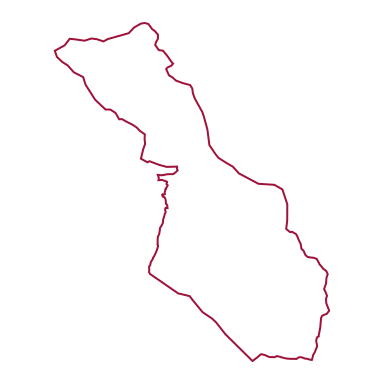 outline of Aninoasa, Hunedoara, Romania
{"feature_id": "2599482B78537153178763", "entity_name": "Aninoasa", "entity_type": "district", "adm_level": 2, "iso_a3": "ROU", "parent_name": "Romania", "parent_adm1": "Hunedoara", "projection": "equal_earth", "projection_center": [23.341, 45.379], "detail": "fine", "context": "isolated", "style": "outline", "palette": "rose", "viewbox_px": 384, "rotation_deg": 0, "n_neighbors": 0, "source": "geoboundaries", "source_scale": "gbopen_adm2", "svg_char_len": 3562}
<svg xmlns="http://www.w3.org/2000/svg" viewBox="0 0 384 384"><path d="M318.7,336.4L318.6,336.0L320.3,327.3L321.0,318.3L322.0,315.9L324.3,314.7L326.6,314.0L329.2,310.7L326.3,303.3L326.0,299.1L327.0,295.7L325.3,291.5L324.1,289.1L326.1,283.3L326.4,278.1L327.7,274.2L326.3,271.0L323.0,268.6L322.0,267.1L319.6,264.4L318.4,261.9L316.6,258.8L313.7,257.8L310.8,257.5L307.7,257.0L305.4,255.0L303.5,250.6L301.5,248.9L300.6,243.7L298.7,239.9L297.1,235.9L296.0,234.1L292.3,231.9L289.9,232.0L286.2,228.9L287.2,220.8L287.3,204.3L282.4,189.4L274.3,184.8L258.5,183.8L238.9,173.4L232.9,166.7L226.2,162.8L218.4,157.8L215.4,154.0L209.4,145.1L207.4,129.5L203.9,116.7L202.3,112.0L194.8,98.5L192.9,93.3L192.3,88.6L190.2,85.1L182.5,83.0L176.0,80.6L172.5,77.4L169.0,75.4L166.2,69.1L167.3,67.6L171.3,65.7L173.1,63.6L171.9,62.5L167.5,56.2L163.0,50.7L158.8,50.1L155.2,45.0L156.1,41.9L157.8,39.2L158.1,34.9L154.8,31.0L152.2,29.2L148.3,23.9L144.6,23.0L140.9,23.6L134.1,27.5L128.7,33.2L108.0,39.0L103.4,41.4L96.9,39.2L91.4,38.5L84.5,40.7L74.7,39.3L69.7,38.8L64.7,45.3L54.8,50.8L57.0,57.0L62.5,62.1L67.8,65.5L73.8,72.3L83.2,77.1L85.5,84.6L95.2,99.8L105.5,109.5L110.4,109.6L115.5,112.9L119.2,119.3L122.0,119.1L126.7,121.8L132.5,124.7L136.6,127.4L140.0,131.0L144.8,134.3L144.6,138.9L145.1,143.9L143.1,149.6L141.8,155.2L140.9,158.7L147.5,162.3L149.4,161.2L159.0,164.8L166.6,166.9L177.0,166.6L176.9,168.6L177.6,170.3L176.1,171.9L173.3,174.1L167.7,174.2L161.7,175.3L157.8,174.9L158.8,177.8L158.5,180.2L161.9,179.9L164.4,180.7L164.7,180.9L165.0,181.0L167.1,181.8L166.5,184.1L167.7,185.3L166.5,187.5L166.2,188.6L165.7,188.5L165.0,191.2L164.7,192.8L164.7,193.5L164.9,194.1L163.0,195.1L162.9,195.2L162.6,194.4L162.2,194.7L162.5,196.0L163.2,196.9L164.4,197.2L165.3,198.7L165.7,200.2L166.0,203.8L166.6,204.4L167.2,205.0L167.5,208.1L165.6,207.9L165.3,208.8L165.1,209.6L165.5,211.0L165.6,212.3L164.8,213.9L164.3,216.0L163.2,219.5L162.9,222.7L162.3,224.2L161.1,226.4L160.2,227.7L159.9,228.4L159.8,230.4L159.2,234.0L158.2,236.1L157.9,237.1L157.7,238.7L157.6,241.5L157.7,242.9L157.6,243.8L157.4,244.4L158.0,245.2L158.0,246.5L157.4,248.4L156.5,251.1L155.2,254.0L154.0,256.5L153.0,257.8L152.8,259.1L152.2,259.8L151.8,260.5L150.9,262.0L150.7,262.4L150.6,263.3L150.3,264.5L150.3,265.0L149.3,266.3L149.1,267.0L149.1,268.0L149.3,270.4L149.0,272.0L150.0,273.9L152.4,275.6L172.8,289.7L176.0,291.9L177.0,292.6L177.4,292.9L178.1,293.4L181.7,294.2L189.6,296.1L193.4,301.0L202.5,312.1L212.1,318.6L216.2,322.5L225.3,334.1L252.5,361.0L253.2,360.5L254.0,359.9L254.8,359.2L255.8,358.5L256.7,357.8L257.6,357.1L259.0,355.9L259.8,355.2L260.3,354.7L260.6,354.5L260.9,354.3L261.4,354.2L262.2,354.4L263.5,354.7L264.5,355.0L265.4,355.3L266.3,355.7L267.6,356.3L268.7,356.8L269.5,357.0L270.2,357.1L271.2,357.1L271.9,357.0L272.6,357.0L273.3,357.2L273.9,357.2L274.5,357.2L275.2,357.0L276.0,356.5L276.4,356.2L276.9,356.2L277.5,356.2L278.6,356.5L279.6,356.7L281.7,357.4L283.5,357.8L284.8,358.2L286.4,358.5L288.3,358.7L290.0,358.8L292.1,358.9L293.4,358.8L294.6,358.9L295.6,358.9L296.2,359.0L296.7,358.8L297.4,358.3L298.0,357.8L298.6,357.5L299.3,357.3L300.1,357.2L301.0,357.2L301.8,357.4L302.7,357.7L303.8,358.1L304.5,358.4L304.9,358.6L305.8,358.6L307.2,358.8L308.6,359.3L311.8,360.0L312.1,359.0L312.4,358.3L312.6,357.3L312.7,356.8L312.9,356.2L312.9,355.5L314.6,352.5L315.0,351.8L315.4,350.6L316.2,348.6L316.8,347.3L317.0,346.5L317.0,345.7L316.9,344.7L316.7,343.4L316.5,342.5L316.3,341.5L316.2,340.5L316.4,339.6L316.6,338.6L316.9,338.0L317.1,337.5L317.2,337.2L318.0,336.8L318.7,336.4Z" fill="none" stroke="#9f1239" stroke-width="2"/></svg>